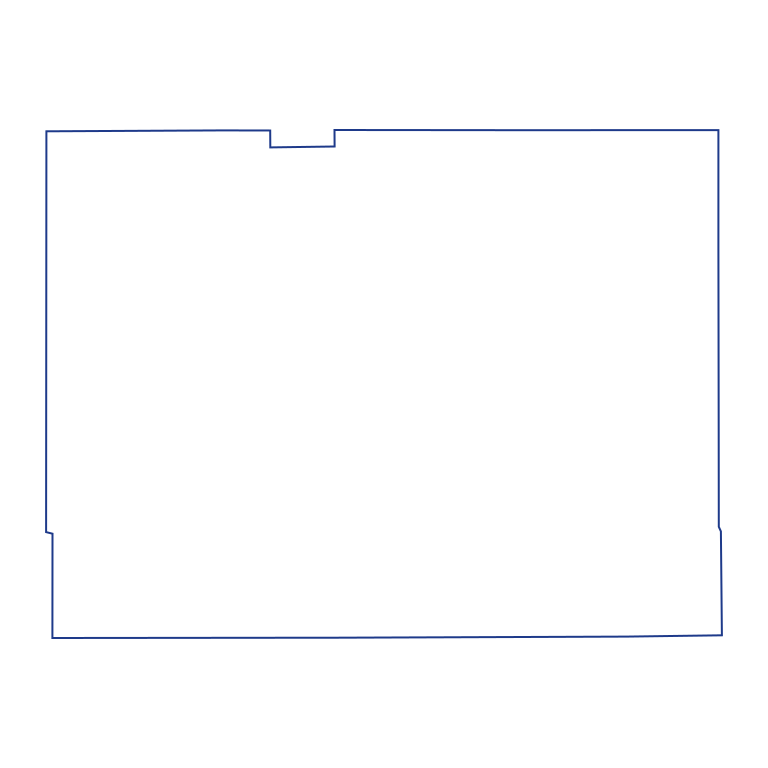 Reno, Kansas, United States of America
{"feature_id": "52423323B74364898088974", "entity_name": "Reno", "entity_type": "district", "adm_level": 2, "iso_a3": "USA", "parent_name": "United States of America", "parent_adm1": "Kansas", "projection": "equal_earth", "projection_center": [-98.045, 37.953], "detail": "fine", "context": "isolated", "style": "outline", "palette": "blue", "viewbox_px": 768, "rotation_deg": 0, "n_neighbors": 0, "source": "geoboundaries", "source_scale": "gbopen_adm2", "svg_char_len": 351}
<svg xmlns="http://www.w3.org/2000/svg" viewBox="0 0 768 768"><path d="M526.4,130.2L334.5,130.0L334.6,146.5L270.3,147.4L270.2,130.5L222.5,130.4L46.4,131.3L46.1,532.1L52.5,533.7L52.4,638.0L339.5,637.7L626.5,636.6L721.9,635.3L720.9,531.4L718.8,526.8L718.7,432.1L718.4,246.9L718.4,130.1L526.4,130.2Z" fill="none" stroke="#1e3a8a" stroke-width="2"/></svg>